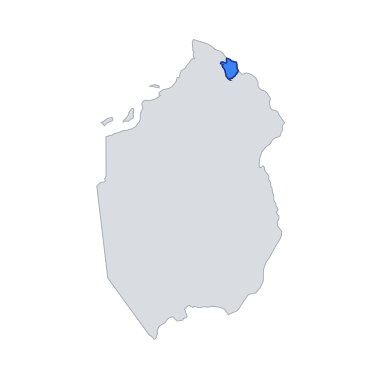 Nanyumbu, Mtwara, United Republic of Tanzania (highlighted), rotated 234°
{"feature_id": "72390352B85678020314776", "entity_name": "Nanyumbu", "entity_type": "district", "adm_level": 2, "iso_a3": "TZA", "parent_name": "United Republic of Tanzania", "parent_adm1": "Mtwara", "projection": "mercator", "projection_center": [38.515, -11.051], "detail": "fine", "context": "in_parent", "style": "filled", "palette": "blue", "viewbox_px": 384, "rotation_deg": 234, "n_neighbors": 0, "source": "geoboundaries", "source_scale": "gbopen_adm2", "svg_char_len": 7004}
<svg xmlns="http://www.w3.org/2000/svg" viewBox="0 0 384 384"><g transform="rotate(234 192 192)"><path d="M148.6,259.2L145.0,257.3L141.7,256.1L139.1,254.8L137.9,253.6L135.4,253.1L133.2,252.9L131.2,251.7L127.1,251.3L126.6,250.5L126.6,248.8L125.9,248.3L124.4,247.9L122.7,247.9L121.8,248.2L121.2,248.0L119.8,247.0L118.6,245.7L118.1,243.7L116.2,242.4L114.1,241.3L108.0,241.4L107.1,241.1L105.7,240.1L104.0,238.4L102.6,236.4L101.4,233.7L100.2,230.2L93.3,215.9L92.6,213.2L91.3,210.2L89.0,206.5L86.7,203.8L83.5,201.3L79.9,198.8L78.0,197.2L74.3,190.5L73.5,187.3L72.9,184.1L73.2,182.7L75.5,178.6L75.7,177.4L75.4,175.8L74.3,172.5L72.8,168.4L69.9,161.0L69.5,159.2L69.5,157.8L71.3,150.3L71.2,149.3L78.2,149.4L83.2,146.1L87.6,141.2L88.5,139.2L90.3,136.1L92.0,134.5L92.7,133.4L93.7,130.3L96.0,128.2L98.3,126.5L97.8,125.4L98.1,125.0L99.4,124.1L101.7,123.4L102.2,121.7L102.2,119.9L101.8,118.8L101.9,117.6L101.5,117.0L100.0,116.8L97.7,115.9L95.7,115.5L94.4,115.0L93.9,114.5L93.7,113.4L94.8,110.6L93.7,109.4L96.1,104.7L96.5,104.1L97.4,104.0L98.8,103.5L100.1,103.3L101.1,103.5L101.9,103.3L102.6,102.7L103.2,101.1L103.6,98.5L103.4,96.3L102.4,94.6L102.1,92.0L102.6,88.6L102.2,85.7L101.1,83.4L100.0,82.0L98.3,81.4L95.5,77.9L94.7,76.2L94.9,75.1L95.8,74.7L97.5,74.8L99.2,74.4L100.7,73.5L102.2,73.2L102.9,73.3L171.9,73.3L252.5,118.3L252.8,118.9L253.5,122.7L253.3,124.0L252.1,126.3L251.7,127.5L251.7,128.3L252.0,128.6L253.1,128.7L254.0,129.2L254.3,129.6L255.0,131.3L255.9,132.2L286.5,154.3L287.2,154.6L286.8,156.5L285.0,161.0L284.9,162.9L284.3,165.1L283.6,166.5L281.8,172.9L280.4,175.2L278.4,180.8L278.0,185.1L279.1,188.0L279.6,190.8L281.9,193.6L283.8,194.6L285.1,195.8L287.4,198.7L288.6,201.6L292.7,203.0L294.3,206.2L293.7,208.4L291.9,210.2L290.1,213.2L288.7,217.1L288.6,223.1L289.6,222.2L291.7,223.7L292.0,228.1L289.8,233.2L289.1,235.6L289.0,237.7L290.6,243.9L293.1,247.0L292.9,248.0L292.3,248.8L296.4,254.4L296.1,259.2L297.7,263.0L298.3,266.2L299.4,268.7L299.6,270.5L298.3,272.4L301.3,272.9L303.1,274.4L304.0,275.9L306.2,275.9L307.4,276.9L309.1,277.8L312.9,280.3L313.9,281.5L314.5,282.8L304.1,290.7L300.3,292.8L297.6,293.7L294.7,294.3L292.0,295.5L289.4,297.5L286.1,298.5L282.1,298.5L277.8,299.9L271.1,304.0L267.3,301.7L264.2,301.0L260.7,301.1L258.6,301.4L257.8,301.9L257.1,303.3L256.6,305.6L254.3,307.8L250.2,309.9L246.5,310.7L243.1,310.2L240.8,309.3L239.6,308.0L237.9,307.5L235.5,307.6L233.3,308.4L231.2,310.1L227.7,310.8L223.1,310.6L220.5,309.8L220.2,308.4L218.1,306.8L214.4,304.9L211.6,304.9L209.8,306.7L208.2,307.8L206.8,308.3L205.4,308.3L203.5,307.8L198.4,307.6L193.5,307.7L193.0,305.1L191.9,303.6L191.1,302.6L189.4,302.4L188.9,301.7L188.3,300.1L187.5,298.7L186.4,297.6L185.7,296.6L185.5,295.6L185.7,294.5L186.7,291.9L187.0,290.1L186.9,288.3L186.3,286.4L185.2,284.1L185.3,283.5L184.9,281.9L184.9,280.9L185.1,279.5L184.9,277.8L183.9,274.0L183.9,273.1L182.8,271.2L179.6,266.9L179.4,266.4L174.3,262.1L172.2,261.1L171.5,261.9L171.2,262.7L171.5,264.1L171.3,264.7L171.1,265.1L169.9,265.0L169.1,264.9L167.2,263.7L165.7,263.4L162.0,263.6L160.6,263.9L159.6,263.6L157.6,261.6L155.3,261.2L153.2,261.1L149.8,258.9L148.6,259.2ZM293.2,187.4L294.9,192.1L294.7,193.0L293.5,193.5L292.9,193.6L292.2,192.8L291.6,191.2L290.7,191.6L289.2,189.7L287.7,189.6L286.3,187.3L286.9,185.4L286.6,182.0L288.2,180.3L289.1,177.4L290.2,179.3L290.4,182.4L291.9,186.1L293.2,187.4ZM301.4,159.3L301.5,160.5L301.1,161.5L301.2,164.8L301.1,167.1L299.8,170.1L298.8,171.2L297.9,170.9L297.1,170.4L296.6,169.6L297.7,163.9L297.1,159.8L299.5,160.2L301.4,159.3ZM298.0,227.3L296.8,227.6L296.3,227.3L295.6,226.4L296.9,225.6L298.1,224.1L300.9,221.8L302.3,220.0L302.1,221.8L300.5,225.6L299.1,225.9L298.0,227.3Z" fill="#d9dde1" stroke="#a8b0b8" stroke-width="1"/><path d="M260.3,288.6L260.7,288.5L261.1,288.4L261.2,288.5L261.3,288.5L261.4,288.9L261.4,289.0L261.4,289.3L261.4,289.5L261.1,289.9L261.0,290.0L260.9,290.2L261.0,290.3L260.9,290.4L260.9,290.5L260.9,290.8L260.7,290.9L260.7,291.0L260.6,291.3L260.4,291.4L260.3,291.5L260.4,291.8L260.5,291.7L260.5,291.8L260.5,292.0L260.6,292.3L260.7,292.5L260.6,292.8L260.6,293.0L260.5,293.3L260.6,293.5L260.8,293.7L260.8,293.8L260.7,293.9L260.7,294.0L260.8,294.1L260.7,294.2L260.7,294.3L260.6,294.5L260.8,294.8L260.8,295.0L260.7,295.1L260.8,295.3L261.0,295.6L261.1,295.8L261.2,296.0L261.2,296.3L261.3,296.5L261.5,296.6L261.4,296.9L261.4,297.1L261.4,297.3L261.4,297.6L261.4,297.8L261.5,297.9L261.8,298.0L262.0,298.1L262.0,298.3L261.9,298.4L261.9,298.5L262.0,298.6L261.9,298.8L262.0,298.9L262.0,299.0L262.0,299.3L262.2,299.5L262.3,299.6L262.2,299.7L262.2,299.9L262.3,299.9L262.3,300.0L262.5,300.1L262.8,300.5L263.0,300.5L263.4,300.8L263.6,300.9L263.9,300.9L264.3,300.9L264.5,300.9L264.8,300.9L265.3,301.0L265.6,301.0L265.8,301.1L266.1,301.1L266.4,301.6L266.4,301.8L266.4,302.0L266.5,302.1L266.9,302.0L267.0,302.0L267.3,302.0L267.5,302.0L267.9,302.5L268.1,302.7L268.2,303.0L268.3,303.0L268.6,303.3L269.0,303.4L269.3,303.4L269.6,303.4L269.8,303.5L270.0,303.8L270.2,304.0L270.4,304.1L270.5,304.1L270.8,304.1L271.0,304.1L271.3,303.9L271.8,303.2L272.0,303.0L272.2,302.8L272.5,302.6L273.0,302.3L273.3,302.1L273.4,301.9L273.5,301.8L273.6,301.7L274.0,301.4L274.2,301.2L274.3,301.1L274.5,301.0L274.9,300.9L275.9,300.7L276.6,300.8L276.8,300.7L277.0,300.6L277.4,300.3L277.7,300.1L278.1,299.9L278.3,299.7L278.8,299.4L279.0,299.2L279.3,298.9L279.7,298.6L279.4,298.4L279.4,298.2L279.2,298.0L279.2,297.9L279.0,297.7L278.9,297.5L278.6,297.4L278.4,297.4L278.2,297.3L278.1,297.2L277.9,297.0L277.7,296.9L277.5,296.7L277.3,296.6L277.1,296.6L277.1,296.4L277.0,296.2L276.8,296.1L276.7,296.1L276.4,296.0L276.4,295.7L276.5,295.4L276.6,295.2L276.7,294.8L276.8,294.8L276.9,294.7L277.2,294.5L277.4,294.4L277.8,294.1L278.0,294.0L278.3,293.9L278.5,293.8L278.6,293.7L278.9,293.5L279.0,293.5L279.0,293.4L278.9,293.3L279.1,293.1L279.2,292.9L279.3,292.8L279.4,292.7L279.5,292.7L279.6,292.4L279.6,292.2L279.8,292.0L279.7,291.9L279.8,291.9L279.7,291.9L279.7,291.7L279.8,291.6L279.7,291.5L279.7,291.4L279.6,291.2L279.4,291.2L279.3,290.8L279.2,290.8L279.1,290.7L279.0,290.8L278.9,290.8L278.7,290.9L278.4,291.0L278.2,291.2L277.7,291.4L277.4,291.5L277.2,291.6L276.9,291.7L276.9,291.8L276.8,292.0L276.7,292.0L276.7,291.9L276.7,291.7L276.8,291.5L276.8,291.4L277.0,291.2L276.8,290.9L276.7,290.9L276.5,290.7L276.4,290.6L276.3,290.4L276.2,290.4L276.0,290.5L275.6,290.6L275.2,290.6L274.9,290.5L274.7,290.2L274.4,290.2L274.2,290.3L273.7,290.3L273.3,290.3L273.2,290.3L272.8,290.4L272.6,290.3L272.3,290.4L272.2,290.3L271.9,290.3L271.7,290.4L271.5,290.2L271.4,290.1L271.2,290.1L271.0,289.9L270.8,289.8L270.7,289.9L270.4,289.8L270.2,289.8L269.5,289.3L269.3,289.3L269.1,289.3L268.9,289.2L268.5,289.0L268.3,288.9L267.8,288.7L267.7,288.6L267.3,288.6L267.1,288.5L266.6,288.2L266.4,288.1L266.3,287.9L266.1,287.7L265.8,287.8L265.6,287.8L265.4,287.8L264.8,287.9L264.5,287.9L264.2,287.8L263.9,287.8L263.6,287.8L263.4,287.7L263.2,287.7L262.7,287.7L262.4,287.8L261.6,288.1L261.4,288.2L261.1,288.2L260.9,288.3L260.4,288.5L260.3,288.6Z" fill="#3b82f6" stroke="#1e3a8a" stroke-width="1.5"/></g></svg>